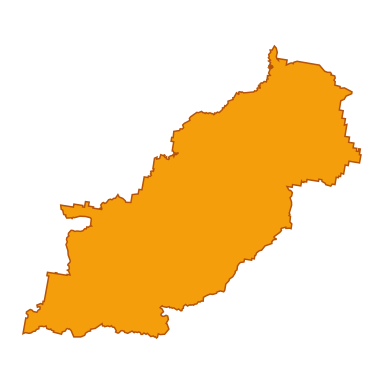 the district of Uralla, New South Wales, Australia, rotated 270°
{"feature_id": "25037944B63393422883772", "entity_name": "Uralla", "entity_type": "district", "adm_level": 2, "iso_a3": "AUS", "parent_name": "Australia", "parent_adm1": "New South Wales", "projection": "robinson", "projection_center": [151.405, -30.485], "detail": "fine", "context": "isolated", "style": "filled", "palette": "amber", "viewbox_px": 384, "rotation_deg": 270, "n_neighbors": 0, "source": "geoboundaries", "source_scale": "gbopen_adm2", "svg_char_len": 5894}
<svg xmlns="http://www.w3.org/2000/svg" viewBox="0 0 384 384"><g transform="rotate(270 192 192)"><path d="M173.8,62.7L169.5,63.7L168.9,65.8L167.9,65.6L165.9,66.8L166.2,71.4L165.4,72.1L166.6,73.1L166.3,74.3L167.8,79.9L167.5,85.7L166.3,90.3L165.0,91.3L159.2,90.6L158.0,91.6L157.7,89.4L156.8,88.6L157.1,86.8L155.2,86.3L155.2,84.6L153.3,83.0L152.6,80.5L153.0,77.1L152.6,74.7L153.5,73.1L153.7,71.1L150.8,68.5L148.9,68.3L148.1,68.9L146.2,66.8L144.3,66.5L142.1,67.3L139.4,66.0L133.4,67.9L129.0,68.2L123.1,70.3L121.8,70.0L119.6,67.9L118.7,67.9L117.9,69.0L115.6,69.3L114.4,68.8L113.8,67.4L112.8,68.7L109.1,70.0L109.6,67.1L108.7,67.0L110.3,56.8L111.1,56.9L111.3,55.4L110.5,55.3L111.7,47.5L108.3,46.9L108.0,48.8L82.5,44.2L82.7,43.1L79.6,42.6L80.5,40.8L78.9,36.9L76.8,37.4L77.3,38.8L76.9,40.1L74.9,40.0L73.7,38.1L71.7,36.9L72.5,33.2L73.9,32.0L74.5,30.2L72.1,26.5L70.5,26.3L69.1,28.0L67.0,28.0L65.6,27.0L66.0,25.8L50.3,23.0L51.4,25.3L50.7,29.0L51.0,30.9L52.6,33.3L52.8,35.2L54.6,36.6L55.2,38.8L57.5,39.1L57.8,42.2L57.3,43.8L58.0,46.1L55.5,46.8L54.5,49.4L55.0,50.8L53.9,51.3L53.0,53.7L51.9,53.4L49.8,61.5L52.1,62.3L53.0,65.3L55.0,66.4L55.5,67.2L54.9,68.6L55.2,69.3L53.5,71.1L47.1,73.8L47.1,80.9L48.7,84.7L50.9,85.6L52.6,88.2L53.0,90.5L54.7,90.5L55.6,95.3L60.4,102.1L58.1,102.5L58.0,104.1L57.3,104.7L58.1,107.9L57.3,109.9L58.3,111.5L57.0,112.3L56.6,114.4L53.3,116.2L52.0,115.6L51.0,117.4L51.0,118.7L53.2,121.0L53.4,122.2L52.7,124.2L51.7,124.6L50.7,127.7L52.9,132.1L51.3,134.1L52.1,135.0L51.5,137.7L52.1,138.7L51.4,140.2L49.6,141.1L49.7,142.6L51.0,143.9L49.7,146.0L50.7,147.3L47.5,150.7L48.0,153.4L47.0,154.4L47.3,155.3L46.0,156.4L46.6,157.4L50.2,158.3L49.4,160.1L49.8,164.7L54.9,168.9L60.1,167.0L60.5,166.1L64.6,168.4L67.9,167.7L68.7,166.0L67.7,164.2L67.6,162.5L69.1,160.9L70.5,161.4L72.2,163.5L74.9,162.2L76.3,160.1L77.9,161.6L78.2,162.3L77.5,162.8L76.7,166.4L77.4,169.1L76.3,169.7L76.5,171.3L75.8,172.2L76.2,173.6L74.1,176.9L75.0,178.6L73.1,181.0L73.5,182.0L75.1,182.3L75.7,183.3L77.8,183.5L79.5,185.6L78.0,187.5L79.3,190.1L78.8,190.9L79.2,192.2L78.8,193.7L79.7,194.3L80.1,196.8L82.2,198.3L82.0,200.1L83.0,201.5L82.9,203.2L86.7,203.5L88.4,206.5L89.9,210.0L89.6,212.7L90.7,216.5L92.0,217.1L93.1,220.3L92.2,223.7L93.6,224.7L99.9,225.8L103.3,229.0L105.0,229.5L107.3,232.8L111.2,235.2L112.6,235.2L114.1,237.0L118.0,237.5L120.5,239.2L121.6,240.6L122.0,243.9L124.9,244.5L123.8,251.6L125.5,251.8L125.1,254.3L128.4,254.8L128.5,255.6L131.2,256.6L133.3,259.4L133.8,261.6L138.1,265.0L140.5,271.9L142.3,271.8L144.2,273.4L144.6,276.1L145.3,276.1L146.3,274.0L147.4,274.1L151.5,279.7L153.4,281.4L155.1,281.0L155.8,281.7L156.8,285.8L155.6,285.9L155.8,289.5L155.3,291.1L160.1,291.8L162.1,289.9L167.7,290.5L168.4,289.0L169.7,289.9L170.8,289.2L178.8,291.6L182.2,291.5L186.3,290.0L188.0,291.7L191.5,292.3L193.6,290.6L193.5,289.6L194.5,288.6L197.5,287.0L196.7,292.2L199.4,292.6L198.1,300.8L202.9,301.6L201.8,302.3L201.6,303.9L202.4,304.1L202.0,306.6L204.5,307.0L202.7,318.5L204.8,318.9L204.3,321.8L202.6,322.0L200.8,325.1L199.3,325.8L197.9,330.8L199.9,332.2L199.4,335.0L206.7,336.2L206.3,338.4L207.8,338.7L207.5,340.5L210.8,341.1L209.9,343.6L219.0,345.2L218.4,348.2L222.8,349.0L221.1,359.5L229.1,361.0L229.3,359.4L235.0,360.3L235.2,358.8L232.5,358.4L232.8,356.4L235.6,356.8L236.2,353.1L240.9,353.9L241.7,348.6L246.9,349.5L247.6,344.9L259.6,346.9L258.9,344.4L265.3,345.4L265.8,341.9L273.3,343.2L274.0,339.3L283.2,340.8L284.7,344.2L287.9,346.1L290.3,351.7L292.1,352.0L296.1,344.4L295.8,341.0L296.2,340.0L297.5,340.1L298.9,334.8L302.4,335.2L303.8,333.9L305.9,335.2L308.1,334.7L309.1,331.0L310.1,331.4L311.6,330.5L311.7,327.4L312.8,324.6L318.9,319.4L322.7,297.1L321.8,294.0L320.3,293.1L321.1,292.1L320.8,290.2L319.0,286.3L324.0,287.1L325.4,278.1L323.7,278.4L325.3,276.8L327.5,276.3L331.6,277.3L336.0,276.2L338.0,274.4L333.9,272.1L333.9,270.1L331.8,270.8L329.5,268.7L327.2,269.2L326.2,268.4L323.8,270.4L323.0,268.6L321.4,270.6L319.4,269.7L318.6,271.3L317.6,269.9L318.1,268.9L317.5,268.8L316.5,270.7L317.7,272.5L316.9,272.9L315.6,271.5L315.9,269.0L314.7,270.1L310.9,268.6L308.6,270.2L308.4,267.6L307.6,267.9L306.9,267.2L305.1,268.0L304.9,266.9L302.1,266.4L302.5,264.2L300.9,262.5L301.1,261.2L300.2,260.1L298.7,260.0L298.7,258.7L298.0,258.4L296.8,260.2L296.0,260.2L296.1,257.7L295.7,257.1L294.1,257.5L292.9,256.0L293.2,254.6L292.1,253.9L291.1,243.8L292.1,242.0L291.6,241.5L292.3,239.8L291.8,238.6L290.0,239.0L289.7,238.5L291.2,236.5L286.5,234.0L286.2,232.8L284.5,233.1L282.8,228.0L280.6,228.1L277.9,225.7L278.3,224.8L276.2,224.1L276.1,222.5L274.5,222.5L271.4,219.1L271.9,217.4L270.9,216.1L271.0,214.7L269.7,214.6L269.3,213.8L270.4,212.8L270.3,211.7L271.0,210.7L271.1,209.0L270.4,208.2L271.4,206.1L270.5,205.2L271.4,203.8L271.3,202.9L272.6,201.6L271.3,198.4L271.6,196.8L267.1,190.5L265.6,189.4L263.6,189.9L260.7,184.4L259.0,182.7L256.4,183.6L255.0,182.4L255.2,180.2L253.5,179.6L252.6,173.8L246.4,173.2L246.6,171.7L242.7,171.1L242.3,173.7L233.1,172.2L232.9,173.2L231.2,173.9L230.7,176.4L231.2,177.9L230.7,178.0L229.3,176.1L229.5,174.5L227.4,173.8L228.7,173.2L229.8,173.6L228.5,172.1L228.0,170.3L226.7,168.5L225.3,169.2L224.5,168.5L225.3,166.3L227.2,166.5L226.6,165.0L227.8,164.1L228.5,165.0L229.1,164.5L228.5,163.0L229.3,160.8L225.5,159.6L224.9,156.7L226.9,157.0L225.8,154.5L215.2,152.9L215.2,153.9L213.2,153.6L212.6,153.1L213.1,152.3L212.6,150.7L211.0,151.1L210.1,150.5L208.9,151.4L207.6,150.3L208.0,148.4L206.5,148.0L207.1,144.2L194.2,141.9L194.6,139.0L190.1,138.2L189.4,132.2L181.5,130.9L181.7,125.8L183.3,125.2L185.6,122.7L187.0,119.2L189.4,117.9L185.8,115.5L185.6,113.7L184.2,111.9L184.8,110.4L184.3,108.7L181.1,106.2L180.6,104.4L181.5,103.7L181.1,102.4L179.0,100.8L176.5,101.5L175.8,100.2L175.4,101.8L174.5,101.6L175.9,93.0L176.9,93.2L177.0,94.2L177.9,88.5L181.9,89.2L182.4,85.5L176.8,84.5L177.1,82.6L178.5,82.8L179.9,73.9L176.9,73.4L178.9,60.7L174.7,61.2L173.8,62.7Z" fill="#f59e0b" stroke="#b45309" stroke-width="1.5"/></g></svg>